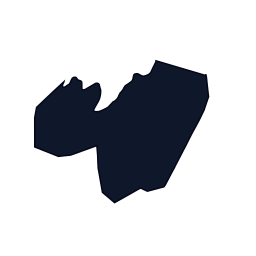 the district of Chatin, Anse-la-Raye, Saint Lucia, rotated 66°
{"feature_id": "8701671B98746614638816", "entity_name": "Chatin", "entity_type": "district", "adm_level": 2, "iso_a3": "LCA", "parent_name": "Saint Lucia", "parent_adm1": "Anse-la-Raye", "projection": "orthographic", "projection_center": [-61.041, 13.919], "detail": "fine", "context": "isolated", "style": "filled", "palette": "ink", "viewbox_px": 256, "rotation_deg": 66, "n_neighbors": 0, "source": "geoboundaries", "source_scale": "gbopen_adm2", "svg_char_len": 2937}
<svg xmlns="http://www.w3.org/2000/svg" viewBox="0 0 256 256"><g transform="rotate(66 128 128)"><path d="M133.7,43.1L132.2,41.7L125.8,39.7L120.8,38.1L114.4,36.0L112.8,35.5L112.7,35.5L110.4,35.1L110.9,35.3L111.7,35.6L78.0,75.1L78.8,75.4L79.6,76.4L79.9,76.8L80.8,77.8L81.5,78.7L82.1,79.4L82.9,80.4L83.8,81.5L84.6,82.3L85.4,83.3L86.1,84.1L86.6,84.9L87.1,85.8L87.4,86.8L87.4,87.2L87.5,87.7L87.5,88.7L87.5,89.3L87.4,90.6L87.2,91.8L87.1,92.5L86.6,93.4L86.0,94.2L85.5,94.5L84.7,95.3L83.6,96.1L83.0,96.5L82.5,97.0L82.1,97.6L81.9,98.1L81.8,98.6L81.7,98.9L81.5,99.6L81.5,100.2L81.6,100.5L81.8,100.9L82.5,101.5L83.1,102.1L84.0,102.6L84.5,103.0L85.1,103.5L85.7,103.9L86.0,104.3L86.5,104.9L86.7,105.4L87.1,106.4L87.2,107.0L87.3,107.8L87.6,108.8L87.9,110.4L88.0,111.6L88.2,112.5L88.4,113.3L88.6,113.9L89.1,114.5L89.4,115.1L89.8,115.5L90.2,116.0L90.7,116.7L91.2,117.4L91.6,118.2L91.9,118.8L92.2,119.3L92.5,120.0L92.7,120.6L93.0,121.1L93.4,121.6L93.9,122.2L94.9,123.4L95.6,124.1L96.2,124.9L96.6,125.6L96.9,126.0L97.2,126.7L97.4,127.3L97.6,127.8L97.8,128.4L97.9,128.9L98.1,129.7L98.1,130.4L98.1,131.0L98.3,131.7L98.8,132.5L98.9,132.9L99.6,134.5L100.2,136.1L100.6,136.8L100.8,137.3L101.0,138.5L101.1,139.1L101.1,139.5L101.2,139.9L101.2,140.6L101.2,141.2L101.2,141.9L101.3,142.5L101.3,143.0L101.3,143.6L101.3,144.3L101.3,144.9L101.3,145.2L101.3,145.6L101.3,146.3L101.2,146.9L101.2,147.6L101.0,148.3L100.8,149.0L100.5,149.7L100.2,150.3L99.9,151.0L99.6,151.4L99.3,151.8L98.8,152.1L98.5,152.2L97.9,152.3L97.3,151.9L96.7,151.3L95.3,149.4L93.8,147.4L92.6,145.8L91.6,144.4L90.3,142.9L89.4,142.0L88.5,141.2L87.5,140.5L86.1,139.5L83.5,138.1L82.8,137.8L82.0,137.5L79.8,137.3L78.8,137.1L76.7,136.7L76.0,136.8L75.5,137.0L74.8,137.6L74.5,138.1L74.3,138.6L74.2,138.9L74.1,139.5L74.1,140.1L74.2,140.7L75.3,150.5L75.4,151.2L75.3,152.0L75.2,152.7L75.1,153.2L74.9,153.5L74.6,153.8L74.2,154.1L73.8,154.2L73.2,154.1L72.5,153.8L71.7,153.5L70.4,152.9L69.0,152.3L68.3,152.1L67.7,151.8L67.1,151.6L66.5,151.7L66.1,151.9L65.7,152.1L65.1,152.8L64.7,153.2L64.2,153.8L63.6,154.2L63.2,154.5L62.6,154.5L62.1,154.6L61.3,154.7L60.7,155.0L60.2,155.5L59.9,156.2L59.7,156.7L59.7,157.4L59.8,158.1L60.0,158.7L60.3,159.2L60.7,159.7L61.2,160.3L61.7,160.9L62.1,161.3L62.5,161.8L63.0,162.3L63.4,162.7L63.8,163.3L64.0,163.7L64.1,164.3L64.2,164.8L64.3,165.5L64.4,166.2L64.5,166.9L64.7,167.5L64.8,168.0L64.9,168.6L64.9,169.2L64.7,169.8L64.6,170.1L64.4,170.4L64.3,170.5L63.9,170.8L63.4,170.9L62.9,170.8L62.5,170.6L62.0,170.1L61.6,169.8L61.2,169.4L60.8,168.9L60.4,168.4L59.7,167.8L64.3,181.4L72.0,203.1L80.6,209.0L107.4,220.9L125.6,203.1L129.4,191.3L131.4,163.6L140.0,166.6L152.4,171.5L176.4,177.5L190.7,170.6L187.9,141.0L193.6,136.0L196.3,119.1L195.2,117.2L194.1,115.8L186.5,106.2L182.7,101.2L182.3,100.9L176.9,94.1L171.4,87.2L171.1,86.9L169.2,84.4L167.2,81.9L159.9,73.0L157.5,69.9L152.7,63.6L149.5,59.5L142.6,51.3L138.1,47.2L133.7,43.1Z" fill="#0f172a" stroke="#020617" stroke-width="1.5"/></g></svg>